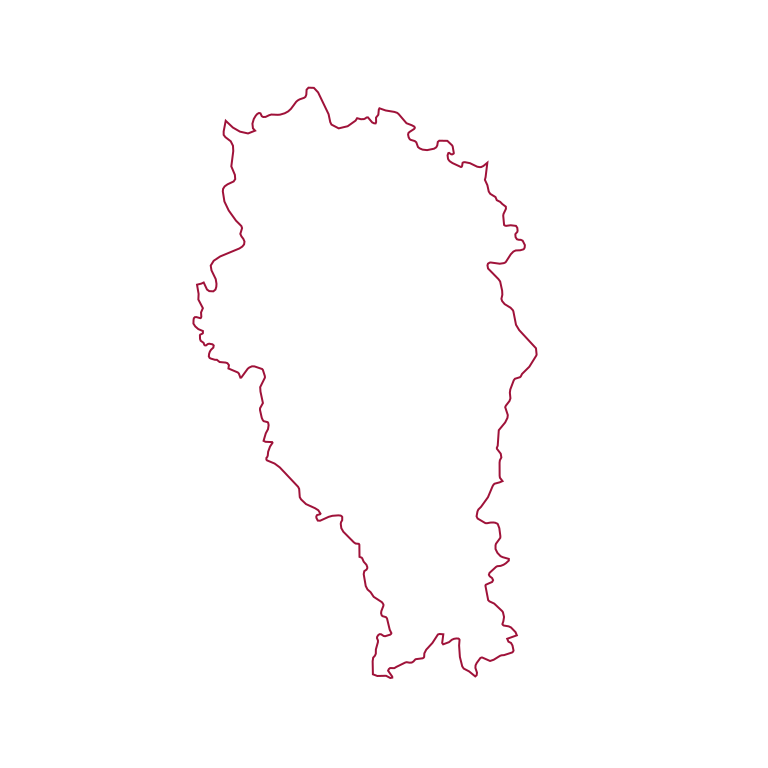 an SVG outline of Kursk, rotated 76°
{"feature_id": "RUS-2362", "entity_name": "Kursk", "entity_type": "Region", "adm_level": 1, "iso_a3": "RUS", "parent_name": "Russia", "parent_adm1": "", "projection": "albers", "projection_center": [36.333, 51.669], "detail": "fine", "context": "isolated", "style": "outline", "palette": "rose", "viewbox_px": 768, "rotation_deg": 76, "n_neighbors": 0, "source": "natural_earth", "source_scale": "10m", "svg_char_len": 6137}
<svg xmlns="http://www.w3.org/2000/svg" viewBox="0 0 768 768"><g transform="rotate(76 384 384)"><path d="M116.9,372.8L119.6,372.2L125.0,366.1L125.1,356.9L121.6,347.9L119.6,345.8L121.5,342.3L122.1,339.4L121.8,337.8L121.2,336.5L121.4,335.1L127.3,332.2L128.7,330.5L129.1,329.1L128.0,328.3L123.6,327.3L121.4,324.4L116.4,322.6L115.4,321.7L119.0,316.2L122.5,308.1L124.1,305.6L125.6,304.5L136.4,299.1L139.6,294.5L141.6,292.3L142.9,292.1L143.8,293.0L145.6,298.2L146.3,299.5L147.8,300.3L150.6,300.4L152.7,299.8L153.5,299.1L155.7,295.4L157.3,294.2L162.3,293.7L164.0,292.4L165.9,289.9L167.5,285.6L167.8,278.5L167.0,276.1L165.4,274.6L162.1,273.2L161.3,271.5L163.4,263.7L168.9,260.2L170.0,259.9L176.9,260.4L177.4,260.9L177.7,262.3L177.4,263.2L175.5,264.9L175.5,265.7L177.5,267.0L181.0,267.4L182.4,267.0L183.8,266.3L186.2,264.1L192.1,256.8L192.0,256.1L191.2,255.4L188.5,254.3L188.1,253.4L188.3,251.9L190.5,247.2L195.7,241.0L196.8,238.5L197.0,237.2L196.5,234.8L194.3,230.2L207.9,235.4L210.3,236.7L216.1,235.6L222.6,235.8L225.2,234.9L229.6,230.6L232.9,230.1L235.4,227.2L238.1,225.6L241.4,222.9L243.5,223.3L247.9,226.9L249.5,227.6L258.7,229.0L259.4,228.5L260.1,227.3L260.6,222.7L262.5,217.7L264.7,216.9L267.6,217.3L268.7,217.9L270.1,220.0L270.7,220.4L273.4,220.8L275.7,220.0L276.6,218.5L277.2,216.4L278.5,214.8L283.3,213.7L285.6,214.5L286.7,215.4L287.1,216.3L287.2,219.5L286.3,223.9L286.8,226.4L288.8,229.6L295.1,236.3L295.5,237.2L295.7,238.5L295.3,242.6L291.9,251.1L291.8,252.1L292.4,254.0L293.9,254.9L297.1,255.1L309.9,247.6L312.6,246.5L322.1,246.8L326.1,247.6L329.8,249.5L332.2,249.3L335.7,247.6L340.7,242.7L343.6,241.1L344.7,240.9L358.5,241.6L364.4,239.8L386.1,227.9L392.3,228.8L393.2,229.3L402.4,238.8L407.6,247.6L409.8,249.5L410.3,250.4L410.6,255.7L411.8,257.2L419.9,262.8L422.9,264.0L428.5,264.8L430.9,266.4L434.5,271.0L435.8,272.0L444.1,271.4L446.7,272.4L450.6,275.7L456.6,283.8L471.4,288.6L473.3,290.0L474.2,290.1L479.9,287.6L483.7,287.9L486.0,290.0L488.3,290.9L501.0,294.0L503.0,294.2L506.9,292.5L507.4,295.6L507.5,300.9L508.2,302.1L509.5,303.4L519.0,310.5L526.7,319.6L528.6,322.8L530.2,324.1L534.8,326.2L537.2,325.7L543.5,319.3L544.0,317.8L544.2,314.3L544.8,311.5L545.5,309.7L546.8,308.0L547.4,307.5L551.8,307.0L559.8,307.9L561.4,308.4L566.1,314.0L567.5,314.8L571.1,315.7L575.3,314.8L579.2,312.6L580.7,310.8L583.9,305.2L585.5,305.6L587.4,309.1L588.3,311.7L588.7,314.8L588.2,318.2L588.6,319.6L592.8,327.3L594.5,328.4L596.2,327.9L598.4,326.1L600.7,325.6L602.2,326.9L603.4,333.8L604.3,334.4L618.9,335.2L620.4,334.3L623.7,330.2L633.1,324.2L634.3,323.8L639.1,323.9L643.1,325.6L645.6,327.2L646.4,327.0L647.3,326.3L649.3,321.7L650.9,319.7L656.6,316.4L660.0,315.9L661.0,326.1L664.1,325.6L666.0,323.4L668.8,322.6L674.0,322.8L674.9,323.5L675.5,324.6L676.1,333.1L675.7,335.5L675.8,337.1L678.1,344.3L678.4,348.1L673.2,354.8L673.0,355.6L673.2,356.8L677.1,361.5L679.1,363.2L681.6,364.0L686.6,363.6L689.0,364.6L689.8,366.2L683.4,371.0L679.4,375.5L676.9,376.4L667.2,376.4L655.9,374.4L650.5,372.6L649.7,372.8L649.0,373.4L648.4,375.4L648.2,377.8L648.6,380.1L650.2,383.3L650.9,389.6L649.3,390.2L641.2,387.0L640.0,390.6L640.1,392.3L647.0,399.7L652.0,407.3L655.1,410.0L658.6,411.1L659.2,411.8L659.5,412.9L658.7,419.6L658.9,420.4L660.4,422.6L661.0,424.5L660.6,426.6L659.4,429.3L659.4,430.8L661.5,440.5L662.2,442.7L661.1,446.8L661.8,448.3L663.2,449.4L669.9,446.8L670.9,447.0L670.8,449.0L667.6,452.6L665.7,461.1L663.0,465.0L650.3,462.1L646.9,460.7L645.4,458.5L643.7,457.2L639.6,456.1L632.9,452.3L631.3,451.9L628.8,452.3L627.5,451.7L626.1,450.1L625.7,448.7L626.2,447.3L628.4,445.3L629.0,443.9L628.7,438.6L628.1,437.5L627.5,437.1L623.8,437.9L612.2,437.8L610.7,438.5L608.9,441.6L607.9,442.2L605.7,442.3L603.7,441.5L599.0,438.2L597.9,437.9L596.4,438.3L595.1,438.9L588.0,445.5L582.7,447.4L579.4,449.7L575.6,450.6L563.6,449.7L560.8,448.4L559.9,445.9L558.7,444.8L557.6,444.5L555.1,444.8L551.5,446.7L547.9,447.3L547.1,447.7L545.8,449.6L534.0,446.8L533.0,447.1L531.9,450.2L530.3,451.6L517.5,459.2L513.6,460.3L509.2,459.8L507.7,459.1L506.0,457.5L502.9,456.7L501.9,457.2L501.2,457.9L500.4,460.1L499.4,466.0L499.5,469.8L501.2,479.1L500.5,481.3L497.5,482.0L496.1,481.7L495.0,480.7L494.9,477.5L494.5,477.0L490.6,478.3L487.8,481.0L481.7,488.7L475.9,492.4L473.4,493.1L465.3,491.7L463.0,492.2L439.7,505.3L434.7,509.4L429.8,516.0L428.9,516.4L427.3,516.0L426.5,514.9L425.3,514.1L421.7,512.8L417.1,509.7L414.1,506.4L413.3,506.6L411.4,513.0L410.0,514.6L403.2,510.6L399.8,507.5L396.0,505.9L393.6,505.8L392.9,506.1L390.9,509.8L389.5,510.4L387.2,510.8L379.2,510.6L377.5,510.1L373.2,506.1L361.5,505.7L357.1,504.9L349.0,498.0L347.6,497.7L341.1,498.1L340.0,498.6L335.6,505.4L334.9,507.8L335.4,510.7L336.2,512.5L343.2,520.9L343.1,521.8L338.7,522.3L337.4,523.1L331.3,531.2L328.2,529.9L325.9,530.9L324.9,532.5L322.9,538.2L320.1,540.3L319.6,542.2L317.4,545.9L316.5,546.9L314.8,547.3L312.4,546.4L310.4,545.1L308.9,543.5L307.4,540.8L305.4,539.9L304.0,540.8L302.6,543.9L302.6,545.3L303.5,547.4L303.2,548.4L302.5,548.9L300.4,549.1L297.7,551.4L295.8,551.6L292.1,550.8L291.6,550.3L291.2,548.0L290.8,547.4L288.8,546.9L285.8,550.9L282.5,553.2L279.3,554.3L275.8,553.3L274.2,552.6L273.4,551.4L273.7,549.8L275.7,546.3L275.5,545.6L274.6,545.0L270.3,544.2L266.6,541.4L257.1,543.7L251.8,542.1L242.4,541.4L242.4,536.9L241.9,534.4L249.5,532.9L251.6,531.1L252.8,527.2L251.6,524.7L249.1,523.2L246.3,522.3L241.5,521.9L232.0,523.9L227.2,523.5L223.2,519.4L220.6,512.1L217.5,491.5L216.4,488.3L214.7,486.0L212.0,484.9L209.1,485.4L206.3,486.6L203.6,487.1L198.4,484.0L196.2,484.2L189.7,488.1L178.1,492.7L168.3,494.7L158.1,493.8L155.7,492.9L153.7,490.8L152.4,487.5L151.1,480.9L149.2,478.8L145.0,478.1L135.9,479.5L121.5,473.9L116.3,472.9L111.4,474.0L106.1,478.2L103.5,479.3L100.2,478.5L90.3,473.9L98.6,468.6L104.3,462.7L108.0,455.3L107.0,447.8L104.2,449.3L99.6,448.7L95.3,446.2L92.6,443.5L91.3,441.6L90.8,439.7L91.5,438.4L94.6,437.8L95.7,436.6L96.2,434.3L95.4,430.4L95.3,428.1L97.1,422.0L97.5,419.7L97.3,414.8L96.3,411.0L94.5,407.7L88.9,400.9L88.0,399.1L87.4,397.0L87.0,392.4L86.4,390.8L84.5,389.4L79.7,387.9L78.2,385.6L79.7,380.4L85.1,377.4L108.8,372.5L116.9,372.8Z" fill="none" stroke="#9f1239" stroke-width="2"/></g></svg>